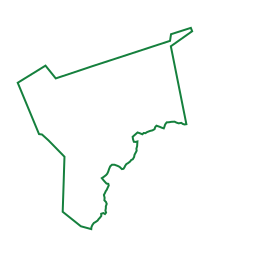 outline of Arraial, Piauí, Brazil, rotated 342°
{"feature_id": "56859067B29996429726150", "entity_name": "Arraial", "entity_type": "district", "adm_level": 2, "iso_a3": "BRA", "parent_name": "Brazil", "parent_adm1": "Piauí", "projection": "albers", "projection_center": [-42.507, -6.65], "detail": "fine", "context": "isolated", "style": "outline", "palette": "green", "viewbox_px": 256, "rotation_deg": 342, "n_neighbors": 0, "source": "geoboundaries", "source_scale": "gbopen_adm2", "svg_char_len": 1425}
<svg xmlns="http://www.w3.org/2000/svg" viewBox="0 0 256 256"><g transform="rotate(342 128 128)"><path d="M37.1,50.9L41.5,106.3L44.2,107.6L48.5,115.1L58.7,135.7L53.5,150.1L50.2,159.3L40.0,187.5L52.8,206.9L61.8,212.8L62.6,211.0L64.1,209.3L66.1,207.8L68.0,207.4L70.4,206.7L72.0,205.5L73.5,204.7L75.4,203.4L76.0,201.3L78.3,201.3L79.5,202.7L81.0,201.7L81.0,199.6L82.2,197.3L82.7,195.7L84.3,193.6L84.2,191.5L83.2,189.5L84.2,187.1L84.4,184.2L86.2,182.5L87.2,181.3L88.8,180.1L90.3,178.4L91.9,176.7L92.0,175.0L90.4,174.2L89.7,172.7L88.6,170.2L87.6,167.6L89.8,167.0L92.6,166.0L94.1,165.1L95.6,163.5L97.3,161.2L99.2,159.0L101.4,158.0L103.7,158.7L106.5,160.9L108.0,162.4L109.5,165.2L111.1,165.4L112.5,164.3L113.6,163.1L115.3,161.8L117.2,161.4L119.7,160.5L121.0,159.5L122.9,159.2L124.8,157.5L126.0,155.4L127.8,153.7L129.2,152.3L129.6,150.3L131.1,148.0L132.8,143.7L130.9,143.6L129.3,142.9L129.3,140.2L129.7,137.8L132.5,136.6L135.7,135.2L137.7,136.7L139.7,138.4L141.4,137.6L143.0,138.3L144.7,137.8L148.0,137.6L150.6,137.8L152.9,137.3L154.1,135.6L155.8,134.6L158.8,136.9L160.0,138.0L161.9,139.4L163.0,138.1L164.1,136.5L165.2,135.5L166.6,134.6L168.7,135.2L171.0,135.5L172.5,135.9L174.3,136.4L175.7,137.8L177.6,139.2L180.3,139.6L181.4,141.1L182.8,142.1L184.7,142.4L194.0,63.5L218.9,55.8L218.7,52.2L197.9,52.1L194.9,58.1L130.5,58.2L112.7,58.2L104.8,58.3L74.6,58.5L68.8,43.2L37.1,50.9Z" fill="none" stroke="#15803d" stroke-width="2"/></g></svg>